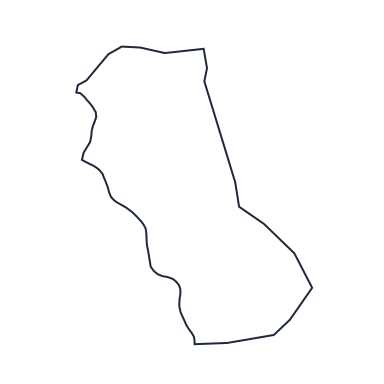 outline of Santa Cruz La Laguna, Sololá, Guatemala, rotated 81°
{"feature_id": "79465075B11038489211128", "entity_name": "Santa Cruz La Laguna", "entity_type": "district", "adm_level": 2, "iso_a3": "GTM", "parent_name": "Guatemala", "parent_adm1": "Sololá", "projection": "orthographic", "projection_center": [-91.223, 14.744], "detail": "fine", "context": "isolated", "style": "outline", "palette": "slate", "viewbox_px": 384, "rotation_deg": 81, "n_neighbors": 0, "source": "geoboundaries", "source_scale": "gbopen_adm2", "svg_char_len": 1120}
<svg xmlns="http://www.w3.org/2000/svg" viewBox="0 0 384 384"><g transform="rotate(81 192 192)"><path d="M342.7,213.3L346.6,181.0L346.0,133.5L333.5,115.3L305.4,88.3L268.6,100.5L234.8,125.9L213.9,147.8L189.2,147.8L84.6,162.5L72.0,157.8L52.4,158.1L50.5,197.2L41.2,220.6L37.4,238.6L42.8,253.0L65.3,278.8L68.5,288.0L75.6,290.7L77.0,286.8L81.8,283.0L84.8,281.4L88.6,278.9L92.1,277.0L98.0,274.6L102.9,274.8L108.1,277.6L111.4,279.6L116.2,281.6L119.8,282.4L123.1,283.4L126.8,284.9L136.1,292.8L143.0,295.7L145.5,292.5L147.3,290.0L150.6,285.3L152.8,282.8L155.7,280.1L160.2,277.5L163.3,276.9L166.4,276.1L173.8,274.5L179.1,274.0L184.1,272.8L187.5,270.6L189.8,268.6L197.0,259.6L202.3,254.4L206.0,251.6L212.9,246.9L216.3,245.1L220.7,243.5L225.4,243.6L229.0,243.9L233.5,244.5L237.7,244.8L245.4,244.5L252.2,244.5L259.3,244.5L264.2,242.0L267.9,238.6L270.5,234.3L272.0,229.8L274.8,224.6L277.5,222.1L281.9,219.5L285.6,218.7L290.5,219.3L295.4,220.9L301.0,222.2L304.1,222.4L308.8,222.1L312.3,221.2L316.2,220.1L322.5,218.4L326.6,216.7L331.2,214.3L335.2,212.8L338.9,212.7L342.7,213.3Z" fill="none" stroke="#1e293b" stroke-width="2"/></g></svg>